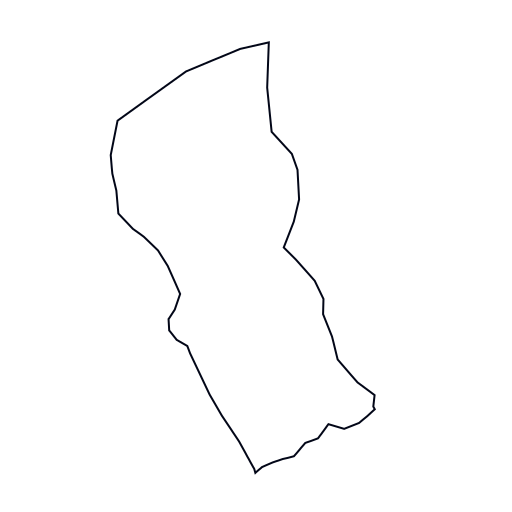 the district of Nitega, Southern Darfur, Sudan, rotated 152°
{"feature_id": "16777658B78746843728772", "entity_name": "Nitega", "entity_type": "district", "adm_level": 2, "iso_a3": "SDN", "parent_name": "Sudan", "parent_adm1": "Southern Darfur", "projection": "robinson", "projection_center": [25.325, 12.6], "detail": "fine", "context": "isolated", "style": "outline", "palette": "ink", "viewbox_px": 512, "rotation_deg": 152, "n_neighbors": 0, "source": "geoboundaries", "source_scale": "gbopen_adm2", "svg_char_len": 1566}
<svg xmlns="http://www.w3.org/2000/svg" viewBox="0 0 512 512"><g transform="rotate(152 256 256)"><path d="M218.5,217.8L222.5,234.2L227.5,250.5L206.5,268.6L191.4,285.7L178.9,312.6L176.4,329.3L183.9,358.3L172.9,385.2L167.1,399.4L144.4,438.6L172.8,446.3L186.9,447.6L203.1,449.2L231.1,451.8L278.8,445.4L314.7,440.5L336.9,413.3L342.1,401.2L344.2,396.1L346.0,389.3L348.6,379.3L357.6,358.1L355.2,349.5L352.0,337.9L351.8,337.4L347.7,329.2L346.0,325.6L339.9,306.9L339.5,300.9L338.6,288.7L339.8,271.5L340.8,258.1L352.9,246.8L362.3,241.6L362.8,241.4L367.6,231.0L367.3,229.7L365.4,219.2L360.2,210.9L358.9,208.8L359.9,201.0L362.0,155.4L361.2,133.6L361.1,131.0L359.4,114.4L359.1,111.0L358.8,108.2L358.3,103.2L358.0,100.0L357.8,86.7L357.8,82.7L357.7,80.4L357.7,77.5L357.7,77.0L357.6,71.9L357.6,71.0L357.5,69.5L357.5,68.9L358.4,64.8L356.9,65.2L353.4,66.0L351.3,66.4L350.9,66.5L350.7,66.6L350.3,66.7L349.9,66.7L349.8,66.8L345.5,66.5L338.2,65.9L334.4,65.3L332.9,65.0L327.7,64.2L323.0,62.9L322.2,62.7L316.5,61.4L313.6,62.5L313.3,62.6L308.1,64.7L306.2,65.5L302.8,66.8L300.3,67.8L298.7,67.6L294.4,66.9L286.9,65.9L286.0,66.3L285.5,66.5L285.2,66.7L284.5,67.0L284.2,67.2L283.7,67.4L282.8,67.8L282.6,67.9L282.1,68.1L279.5,69.4L278.8,69.7L277.8,70.2L274.5,71.8L274.3,71.9L274.0,72.1L272.9,72.6L271.9,73.1L271.4,73.3L271.0,73.5L259.3,62.0L243.4,60.2L238.3,61.3L233.2,62.3L228.2,63.6L224.7,64.5L223.1,64.9L223.1,68.0L216.6,77.5L225.7,96.7L228.0,106.5L232.5,126.3L228.1,143.5L226.7,149.2L224.1,173.1L216.6,186.4L215.8,206.5L218.5,217.8Z" fill="none" stroke="#020617" stroke-width="2"/></g></svg>